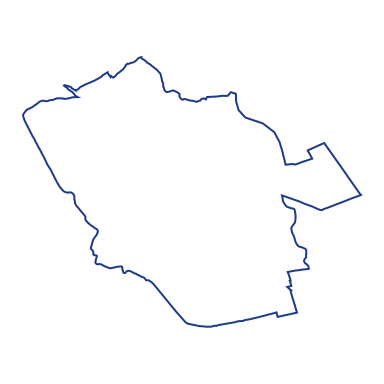 the district of Magureni, Prahova, Romania
{"feature_id": "2599482B49978352141893", "entity_name": "Magureni", "entity_type": "district", "adm_level": 2, "iso_a3": "ROU", "parent_name": "Romania", "parent_adm1": "Prahova", "projection": "robinson", "projection_center": [25.724, 45.056], "detail": "fine", "context": "isolated", "style": "outline", "palette": "blue", "viewbox_px": 384, "rotation_deg": 0, "n_neighbors": 0, "source": "geoboundaries", "source_scale": "gbopen_adm2", "svg_char_len": 5780}
<svg xmlns="http://www.w3.org/2000/svg" viewBox="0 0 384 384"><path d="M232.7,322.6L235.6,322.0L238.3,321.2L242.8,321.0L243.9,320.4L245.0,320.1L250.4,319.1L255.9,317.8L266.2,315.2L268.2,314.6L272.8,313.5L276.5,312.4L277.6,316.9L297.0,312.6L295.1,306.5L295.2,306.1L294.6,304.3L294.4,304.2L294.2,303.6L293.8,301.8L292.3,297.3L290.5,290.6L291.1,290.4L287.3,287.0L291.3,285.9L290.1,281.4L289.8,280.8L290.6,280.6L290.4,279.7L288.8,274.8L287.7,272.0L294.9,270.6L299.3,270.1L302.3,269.6L308.7,268.9L308.7,267.9L308.6,266.8L308.3,266.0L306.6,264.2L305.3,263.4L304.8,262.7L304.3,262.0L304.1,260.8L304.1,260.4L304.3,259.8L304.7,258.9L305.2,258.4L305.8,257.9L306.1,257.2L306.1,256.3L306.0,255.1L306.3,253.5L306.3,250.8L306.1,250.0L305.5,249.1L304.7,248.6L303.6,248.0L301.8,247.3L299.5,246.7L298.5,246.2L297.6,245.4L296.9,244.2L296.2,243.2L295.8,242.6L294.3,237.5L293.9,236.4L291.9,232.0L291.7,230.6L291.3,229.0L291.3,228.4L291.4,227.7L291.9,226.7L292.7,225.6L294.7,223.0L295.0,222.3L295.3,220.4L295.5,218.8L295.6,217.7L295.5,214.8L295.3,213.4L295.0,211.7L294.9,210.7L294.6,210.0L294.4,209.4L294.0,209.0L293.6,208.7L291.0,208.2L287.2,206.8L286.4,206.3L285.6,205.3L283.6,202.5L283.2,201.5L282.9,200.7L282.8,200.2L282.6,197.6L282.0,195.5L283.4,195.9L285.7,196.7L300.0,201.7L301.3,202.4L304.9,203.9L310.5,205.9L312.9,206.7L313.9,207.3L320.2,210.0L321.5,210.1L322.3,210.0L322.7,209.8L323.0,209.4L323.7,209.1L329.4,207.1L336.7,204.2L341.9,202.3L351.9,198.3L361.0,195.0L358.8,192.3L356.0,188.3L342.3,168.7L324.2,143.0L307.7,150.4L308.8,152.5L309.5,153.6L312.2,158.7L302.2,162.0L296.1,164.3L294.9,164.5L292.2,164.0L285.6,164.7L282.2,150.8L279.5,142.0L274.3,132.2L262.8,123.4L245.3,117.5L238.6,110.1L236.1,101.3L235.9,93.8L231.0,92.2L229.4,93.8L227.8,95.8L224.4,95.9L223.9,95.7L221.5,95.9L216.1,96.6L210.2,96.8L208.7,97.1L208.2,96.9L207.3,97.0L207.0,97.1L206.5,97.9L206.3,98.8L206.0,99.4L205.5,99.3L204.4,98.7L203.7,98.4L202.6,98.7L202.0,98.8L201.6,98.9L201.0,99.6L200.5,100.4L199.7,100.6L197.3,101.6L196.5,101.8L192.9,100.8L191.8,100.7L190.1,100.6L188.7,100.1L187.2,99.6L186.1,99.4L184.9,99.1L184.1,99.0L183.6,99.2L183.4,99.5L183.0,99.6L182.3,99.7L181.2,99.0L179.5,96.7L179.5,95.9L179.6,94.3L179.6,94.1L177.2,92.2L173.5,90.6L172.9,90.5L172.6,90.5L171.9,90.8L168.5,91.8L166.8,92.1L165.8,91.5L164.9,90.7L164.5,90.2L163.9,88.0L163.4,86.8L163.2,86.5L163.2,84.2L163.1,83.8L162.6,82.0L162.1,81.1L161.9,80.1L161.5,77.9L160.6,74.4L160.1,73.3L158.4,71.6L157.1,69.9L156.7,69.6L155.3,68.7L153.7,67.2L152.1,66.2L150.7,64.8L147.6,62.9L146.8,62.3L145.0,60.5L144.1,59.9L141.7,58.5L141.3,58.0L141.2,57.6L141.3,57.2L139.9,57.5L138.5,58.1L135.7,60.9L134.3,61.9L133.2,62.4L131.5,62.8L128.6,63.8L128.0,63.9L127.5,63.7L126.8,64.4L126.0,64.7L125.9,64.9L125.9,65.2L125.3,66.3L124.2,67.8L123.7,68.6L122.5,69.9L116.9,74.1L114.9,76.5L114.2,76.8L113.8,77.3L113.4,77.5L113.0,77.5L112.5,77.3L111.8,76.6L110.7,75.7L110.3,75.7L110.1,75.8L110.1,76.4L108.4,74.2L107.7,72.7L107.6,72.3L102.1,75.7L102.1,75.9L102.0,76.1L101.4,76.8L101.2,77.0L99.6,77.7L97.3,79.1L94.7,80.5L85.2,84.6L80.9,86.8L80.1,87.3L79.1,88.3L78.7,88.5L78.4,88.9L77.7,89.6L77.4,89.7L76.2,89.9L75.8,90.3L75.8,90.6L72.1,88.4L71.4,87.8L71.0,87.1L67.9,86.1L67.3,86.0L65.8,85.4L64.4,85.2L64.0,85.5L65.2,86.7L66.3,87.1L66.9,87.6L67.5,88.6L68.3,89.5L69.5,90.1L70.9,91.2L72.4,92.1L74.6,94.6L75.0,95.3L75.4,95.8L77.7,97.1L72.4,97.3L68.8,98.3L66.6,98.7L64.7,98.9L62.0,98.4L60.7,98.3L57.1,98.3L56.2,98.6L55.2,99.0L54.7,99.1L53.1,99.9L51.0,100.0L49.6,100.3L47.8,101.0L47.0,101.2L44.7,101.0L43.5,100.7L42.9,100.7L41.5,100.9L39.3,101.8L38.7,102.3L37.8,103.3L37.0,103.8L34.7,105.3L32.2,107.2L27.1,109.6L25.9,110.8L24.3,112.8L23.7,113.7L23.1,115.0L23.0,115.6L23.8,118.1L24.2,119.5L25.5,122.3L32.8,136.7L34.0,138.3L34.8,140.2L36.5,143.3L37.2,144.6L38.2,146.5L38.7,147.6L40.7,151.0L41.8,153.4L43.1,155.8L43.7,156.7L44.6,158.7L45.2,159.8L46.9,163.5L47.8,165.2L49.3,167.7L50.0,168.6L50.7,169.8L51.5,171.2L52.0,172.5L53.8,175.8L54.4,177.2L54.7,177.7L54.9,178.2L55.4,178.9L56.2,180.8L57.5,183.1L59.4,186.2L59.9,187.0L62.0,189.5L62.8,190.4L63.9,191.4L64.8,191.9L65.8,192.2L67.3,192.6L68.5,192.6L69.3,192.3L70.6,192.4L71.2,192.5L72.3,193.2L73.3,194.1L73.6,194.5L73.7,194.8L74.1,195.5L74.4,196.2L74.4,196.8L74.3,197.8L74.3,198.9L74.5,200.0L75.0,201.8L75.1,203.3L75.8,204.8L76.9,206.4L77.4,206.9L78.3,207.8L79.8,209.8L84.9,215.8L85.3,216.8L85.5,217.2L85.5,217.5L85.3,218.0L85.4,219.2L85.8,220.3L86.1,220.8L87.4,222.2L89.8,224.4L91.4,225.7L93.1,226.7L94.4,227.8L96.8,229.2L97.3,229.8L97.7,230.5L97.8,230.7L97.8,231.7L97.7,232.1L97.2,233.7L96.2,235.4L93.8,238.8L93.3,239.5L92.8,240.7L92.4,242.1L92.4,242.7L92.3,242.9L91.8,244.7L91.3,246.3L90.9,248.0L91.0,248.8L91.3,249.2L92.6,250.5L92.9,251.0L93.2,251.7L93.4,252.7L93.5,253.0L93.3,253.5L93.3,254.2L93.7,254.9L94.0,255.0L94.7,255.3L95.5,255.3L96.2,255.4L96.6,255.6L96.9,256.1L96.4,258.1L96.0,259.2L95.8,260.1L95.4,261.9L95.4,262.4L95.5,262.9L95.8,263.3L96.3,263.8L96.9,264.1L97.6,264.3L99.8,264.0L101.0,264.3L101.6,264.5L103.6,265.8L104.3,266.0L104.8,266.3L107.7,267.5L110.2,268.3L111.2,268.1L113.5,267.7L115.3,267.2L118.0,266.7L120.7,266.4L121.9,266.6L122.2,267.1L122.3,269.0L122.4,269.7L123.0,270.8L123.0,271.3L123.2,272.1L123.3,272.4L123.9,272.9L124.3,273.1L124.9,273.1L125.4,272.7L126.6,271.4L127.3,271.0L128.1,270.8L128.7,270.9L129.3,270.9L130.1,271.1L131.4,271.6L134.1,273.2L136.2,273.8L137.2,274.6L137.6,274.9L139.5,275.5L140.1,276.0L140.7,276.4L143.6,277.5L144.0,277.7L145.4,279.1L146.0,280.3L146.3,280.3L148.3,280.2L148.7,280.3L149.2,280.6L149.7,281.1L150.7,281.5L152.5,283.1L153.8,284.4L176.5,312.1L185.3,322.0L187.4,323.6L199.5,326.1L207.8,326.8L209.2,326.7L209.8,326.6L211.8,326.6L212.9,326.1L213.9,326.0L214.4,325.8L215.1,325.7L216.9,325.8L217.9,325.2L218.3,325.1L232.7,322.6Z" fill="none" stroke="#1e3a8a" stroke-width="2"/></svg>